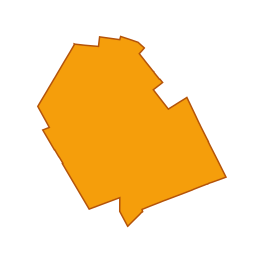 Movila Miresii, Braila, Romania (Mercator projection), rotated 76°
{"feature_id": "2599482B19893524753905", "entity_name": "Movila Miresii", "entity_type": "district", "adm_level": 2, "iso_a3": "ROU", "parent_name": "Romania", "parent_adm1": "Braila", "projection": "mercator", "projection_center": [27.616, 45.211], "detail": "fine", "context": "isolated", "style": "filled", "palette": "amber", "viewbox_px": 256, "rotation_deg": 76, "n_neighbors": 0, "source": "geoboundaries", "source_scale": "gbopen_adm2", "svg_char_len": 1407}
<svg xmlns="http://www.w3.org/2000/svg" viewBox="0 0 256 256"><g transform="rotate(76 128 128)"><path d="M201.0,60.3L201.0,59.9L199.4,44.8L181.4,48.8L173.1,50.7L164.9,52.6L160.7,53.5L160.6,53.3L156.0,54.4L143.6,57.2L141.9,57.5L140.8,57.8L131.2,59.7L118.4,62.3L112.6,63.5L113.3,65.5L115.2,71.5L119.4,84.3L100.7,92.6L97.0,94.2L92.7,84.5L92.2,83.4L88.4,85.2L88.3,85.7L80.5,89.3L80.1,89.3L79.6,89.3L79.2,89.6L79.0,89.9L71.3,93.4L69.8,94.1L58.6,99.1L56.5,95.9L54.3,92.8L54.1,92.9L50.3,95.5L47.3,97.5L43.5,103.3L37.4,113.0L40.3,114.6L32.7,133.5L41.7,136.9L37.3,149.8L34.3,157.9L33.8,159.2L33.3,159.9L33.8,160.0L34.3,160.1L40.3,165.9L43.7,169.3L48.1,173.7L58.8,184.2L61.9,187.2L62.6,188.0L65.1,190.4L69.8,195.1L73.1,198.3L76.9,202.1L80.2,205.4L85.2,210.3L87.2,209.8L95.1,207.7L100.3,206.3L108.4,204.2L109.3,211.2L131.4,204.7L131.4,204.4L132.4,204.1L139.4,202.0L139.8,201.7L146.4,199.7L146.6,200.3L152.5,198.6L197.3,185.3L195.6,170.5L193.6,152.8L200.2,154.5L206.9,156.2L223.3,152.1L223.2,151.8L222.0,149.9L218.7,144.4L216.2,140.2L214.9,138.0L214.2,136.9L212.5,134.3L212.8,134.1L212.7,134.0L212.3,134.0L211.0,134.1L210.4,134.1L209.2,125.8L207.8,114.9L207.4,112.1L207.1,109.7L207.1,109.4L204.5,87.4L203.6,80.2L203.4,79.5L202.5,72.6L201.8,66.9L201.6,65.6L201.6,65.3L201.6,64.8L201.7,64.4L201.7,64.2L201.6,63.9L201.4,63.6L201.3,63.3L201.1,61.8L201.0,60.3Z" fill="#f59e0b" stroke="#b45309" stroke-width="1.5"/></g></svg>